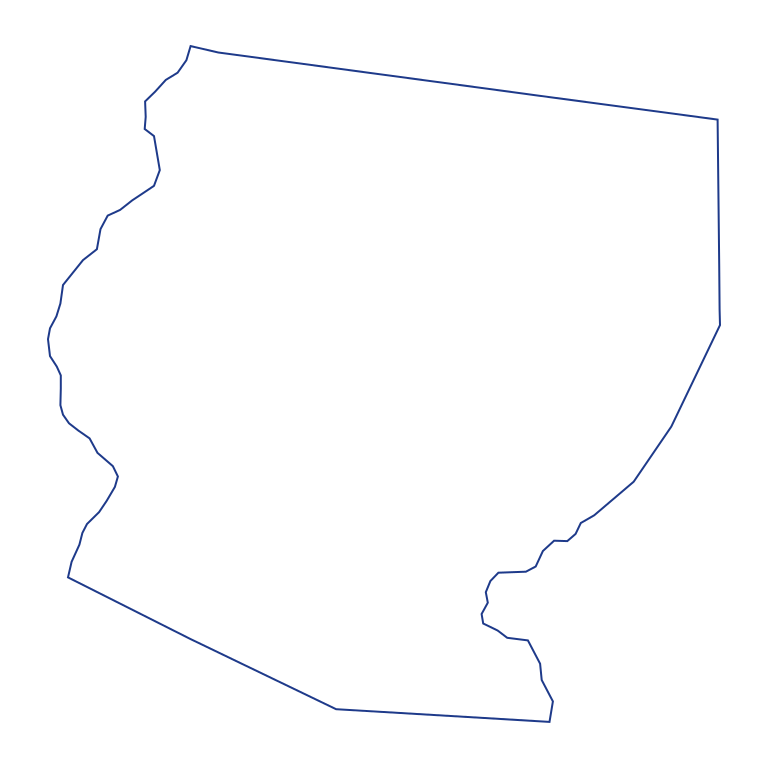 Ipanguaçu, Rio Grande do Norte, Brazil
{"feature_id": "56859067B33594898664345", "entity_name": "Ipanguaçu", "entity_type": "district", "adm_level": 2, "iso_a3": "BRA", "parent_name": "Brazil", "parent_adm1": "Rio Grande do Norte", "projection": "mercator", "projection_center": [-36.832, -5.544], "detail": "fine", "context": "isolated", "style": "outline", "palette": "blue", "viewbox_px": 768, "rotation_deg": 0, "n_neighbors": 0, "source": "geoboundaries", "source_scale": "gbopen_adm2", "svg_char_len": 1007}
<svg xmlns="http://www.w3.org/2000/svg" viewBox="0 0 768 768"><path d="M68.0,577.4L190.4,639.0L336.1,709.2L549.5,721.9L552.9,701.4L541.7,680.0L540.1,663.7L527.9,640.4L507.2,637.8L497.6,630.5L483.2,623.5L481.6,614.0L487.8,602.7L485.8,592.2L490.4,581.0L498.4,572.7L525.9,571.7L535.7,566.5L542.9,551.0L554.1,540.7L567.3,541.1L575.6,533.9L580.8,523.0L594.2,515.3L633.7,481.7L671.3,426.6L720.0,325.1L719.6,309.6L719.2,264.7L717.6,119.6L535.1,95.2L524.9,93.8L218.3,52.5L190.6,46.1L186.4,60.2L177.6,72.7L165.8,79.9L155.0,91.8L145.1,101.4L145.7,116.9L144.7,129.0L154.0,136.1L159.8,170.1L154.0,185.8L142.1,193.8L132.3,200.3L120.1,209.9L107.7,215.6L100.5,229.1L96.9,249.2L83.0,260.1L63.0,285.0L60.4,303.5L56.4,316.4L50.0,328.3L48.0,339.2L50.0,356.1L56.8,366.6L60.8,375.4L60.8,388.7L60.4,405.2L63.0,414.7L69.0,423.3L78.4,430.6L89.6,438.4L97.5,452.9L112.9,466.2L117.9,476.5L114.9,486.9L106.7,500.8L99.1,512.1L87.0,524.0L82.4,532.9L79.4,544.7L71.6,561.8L68.0,577.4Z" fill="none" stroke="#1e3a8a" stroke-width="2"/></svg>